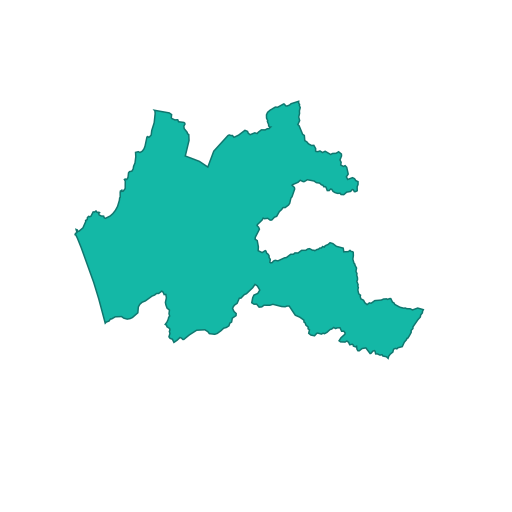 outline of Huaura, Lima, Peru, rotated 39°
{"feature_id": "86281439B29242066404010", "entity_name": "Huaura", "entity_type": "district", "adm_level": 2, "iso_a3": "PER", "parent_name": "Peru", "parent_adm1": "Lima", "projection": "natural_earth1", "projection_center": [-77.14, -11.027], "detail": "fine", "context": "isolated", "style": "filled", "palette": "teal", "viewbox_px": 512, "rotation_deg": 39, "n_neighbors": 0, "source": "geoboundaries", "source_scale": "gbopen_adm2", "svg_char_len": 6155}
<svg xmlns="http://www.w3.org/2000/svg" viewBox="0 0 512 512"><g transform="rotate(39 256 256)"><path d="M85.3,206.7L86.2,206.9L88.0,208.8L93.0,216.5L96.0,224.1L98.4,227.9L98.3,230.5L97.8,231.3L96.7,231.3L96.4,232.2L100.6,240.4L101.5,243.1L101.7,246.0L100.7,248.6L98.9,249.0L97.2,251.3L100.1,254.5L103.4,259.8L104.4,263.3L105.8,265.7L106.1,268.3L104.6,270.0L104.6,271.6L107.1,275.5L107.4,277.9L105.9,278.5L105.6,279.4L107.2,280.0L111.9,285.9L112.0,289.1L111.2,290.0L110.3,289.3L109.8,291.0L110.4,291.2L110.4,292.0L113.5,295.8L113.5,296.7L114.8,298.7L117.2,304.6L118.0,308.9L118.1,313.1L117.5,316.7L115.3,321.5L114.0,321.8L112.5,320.9L110.6,322.3L108.2,322.8L106.9,321.9L107.2,320.8L106.5,320.8L105.0,322.1L103.3,321.7L102.8,323.5L101.7,324.2L102.7,328.9L102.1,330.1L101.0,330.5L100.8,332.2L101.9,333.9L101.2,335.6L102.0,336.4L103.8,343.1L102.8,348.3L101.9,348.9L100.7,348.2L99.5,348.6L102.1,350.4L101.3,352.6L101.7,352.2L102.0,353.3L102.9,353.1L106.1,354.6L115.4,359.8L146.4,378.6L160.8,388.3L181.1,403.1L181.2,401.6L182.7,399.1L182.5,396.5L183.4,395.8L184.9,391.8L189.6,387.7L192.4,387.5L195.6,386.1L197.6,383.8L198.7,381.5L199.9,374.5L196.6,369.6L196.1,366.7L196.6,363.6L198.3,360.5L200.4,352.6L201.8,350.1L202.3,347.7L203.9,346.4L204.9,342.6L206.7,342.6L208.9,343.8L210.1,342.6L212.7,344.9L214.8,349.1L216.7,350.7L219.7,352.5L222.8,352.5L224.7,355.6L226.7,357.0L226.7,358.6L227.6,360.4L228.4,363.4L228.5,366.3L230.1,366.1L231.3,367.0L234.5,366.7L235.7,367.7L236.1,369.1L237.9,370.4L239.2,373.6L241.1,374.1L243.4,373.3L246.6,374.8L247.7,371.1L248.2,367.2L249.8,366.7L251.7,366.9L252.4,366.3L253.9,359.1L256.6,351.0L262.7,345.5L266.2,345.1L268.6,345.7L273.2,342.8L274.6,340.6L275.8,336.1L276.3,332.5L278.0,330.1L278.9,327.3L277.9,324.7L278.6,322.7L276.7,319.2L278.0,314.9L276.8,313.2L273.9,313.0L270.8,311.5L270.3,309.8L270.2,307.7L271.1,304.7L269.6,299.3L270.8,298.2L271.2,293.3L272.3,291.3L273.4,282.8L273.1,278.7L275.9,278.4L280.4,280.1L280.9,284.0L279.0,287.7L279.7,290.5L282.1,295.0L284.8,294.7L286.8,293.0L290.6,293.8L292.5,291.9L293.2,289.2L297.8,285.5L299.5,282.9L307.8,279.1L310.6,277.1L311.6,275.4L313.3,274.0L323.8,277.3L328.5,276.0L333.5,275.7L335.0,277.2L336.3,277.0L338.2,278.3L341.3,278.4L342.3,279.8L344.0,279.7L345.6,282.9L348.4,282.9L351.7,281.2L351.9,277.9L352.4,277.1L356.0,275.5L356.7,273.8L358.1,273.3L359.2,270.7L359.8,266.6L360.8,265.1L361.4,262.6L363.5,262.3L364.3,260.8L366.4,258.9L369.9,260.6L371.6,259.2L373.7,259.7L374.3,261.0L373.5,266.0L373.9,269.6L375.8,269.5L379.4,266.8L380.1,264.9L382.2,264.8L384.7,266.0L386.3,264.0L387.3,263.9L388.4,264.7L390.7,263.9L391.0,262.9L393.0,264.8L394.8,265.5L395.9,264.7L396.7,261.1L399.2,258.3L406.1,260.0L406.6,259.3L406.7,256.4L407.4,255.1L408.5,255.1L410.6,256.8L411.9,255.7L414.7,255.0L416.0,253.4L417.5,253.9L420.8,252.2L423.1,252.4L422.2,250.4L422.1,247.8L422.8,244.5L421.8,242.5L421.7,241.3L422.5,240.1L423.9,239.5L424.1,237.9L426.7,234.4L425.5,229.7L425.6,226.3L425.1,225.1L425.7,224.2L425.4,221.7L424.7,217.8L423.4,216.1L423.6,213.7L422.6,212.3L421.9,203.6L422.1,200.0L421.1,198.2L421.1,195.4L420.4,194.7L419.8,192.4L414.4,194.7L411.6,199.4L409.0,200.0L406.4,202.0L404.7,202.5L403.7,203.6L399.9,205.3L394.4,206.3L392.5,205.6L391.2,206.0L387.6,204.3L386.9,204.7L385.5,207.0L384.5,207.1L382.2,209.2L381.1,211.4L376.4,215.9L375.2,220.3L373.6,221.1L372.9,223.9L369.9,223.8L367.4,222.7L364.4,223.3L362.4,221.8L361.9,220.7L360.0,220.8L358.9,220.2L356.5,218.3L355.3,216.0L354.0,215.4L353.5,214.1L350.2,212.2L349.9,210.7L348.6,209.1L346.3,207.5L345.5,206.1L343.4,205.1L341.7,202.1L338.5,200.8L338.0,200.1L336.8,200.0L333.2,197.5L331.4,194.4L329.3,192.0L328.5,191.8L327.0,192.6L325.5,192.5L325.0,194.5L321.6,197.5L318.8,195.0L312.4,197.9L307.9,198.0L305.2,199.1L304.8,201.6L303.3,204.5L303.5,206.1L301.8,206.7L301.8,208.6L300.6,209.6L300.2,211.7L299.4,212.3L298.4,214.9L297.4,215.0L296.5,215.9L293.0,216.6L291.8,218.0L291.1,220.3L287.9,222.9L286.8,227.2L284.3,229.1L284.0,231.1L281.9,232.8L280.6,238.1L279.3,239.5L276.1,246.0L273.6,247.3L272.8,248.9L272.7,251.0L271.7,252.1L270.7,252.2L269.2,249.6L267.2,249.0L266.0,247.6L264.4,247.0L262.6,247.1L260.5,245.9L259.8,246.0L258.6,249.5L254.3,250.5L252.1,247.4L247.3,243.3L244.8,243.5L243.7,242.0L241.8,233.0L239.9,232.0L237.7,231.7L237.3,230.8L238.1,224.3L237.7,222.1L239.1,221.7L241.4,219.3L244.4,219.2L245.6,218.1L245.9,214.2L247.1,212.2L246.2,206.8L246.7,203.7L246.5,202.0L246.8,201.1L248.2,200.0L249.2,195.9L249.0,193.8L246.7,189.1L246.7,187.3L243.9,179.6L242.7,178.6L239.5,178.3L239.5,177.6L242.3,172.2L242.7,169.3L245.9,168.5L246.7,167.8L247.9,164.4L253.9,161.2L256.7,161.0L259.6,159.3L262.0,159.5L263.5,158.9L265.2,159.5L266.2,158.5L267.1,158.5L270.2,160.3L271.7,159.1L271.8,157.0L272.9,156.5L275.2,157.3L277.5,157.0L280.0,156.0L281.9,154.3L283.4,154.7L285.6,153.1L286.3,149.3L288.9,146.3L289.0,143.7L290.0,143.3L291.9,144.1L292.8,143.4L293.6,141.6L291.0,138.5L290.3,136.2L288.5,134.0L286.1,134.6L283.9,133.9L281.7,134.4L279.1,138.8L276.4,137.6L276.1,134.3L270.7,130.0L268.4,129.7L267.5,131.5L264.5,131.9L263.2,129.6L260.8,128.5L259.5,124.4L258.2,123.0L254.6,123.0L253.6,125.8L250.9,128.2L250.2,130.1L243.8,131.1L242.6,133.7L239.6,134.1L238.4,136.0L236.8,137.0L236.2,136.9L234.8,135.0L231.3,133.6L229.5,135.2L226.1,135.8L223.7,135.3L221.3,135.6L217.7,131.9L215.7,132.1L207.6,127.7L205.8,127.5L204.7,123.3L201.7,121.1L200.2,117.9L198.4,115.9L197.0,112.9L194.9,111.7L194.4,110.7L193.1,110.5L191.8,108.9L187.4,115.6L187.1,117.5L185.7,120.0L184.5,120.6L182.5,120.1L181.8,120.4L179.2,126.8L177.3,128.1L175.2,133.7L174.6,137.0L175.3,139.7L177.4,142.2L180.0,143.5L180.2,144.3L183.1,145.9L183.9,146.9L185.4,147.2L186.2,146.6L185.9,148.9L184.7,149.9L183.8,152.2L180.8,154.6L179.9,158.2L179.8,160.1L177.5,161.1L175.1,165.4L172.8,165.5L171.0,164.5L168.3,165.3L166.4,173.0L164.2,177.6L161.8,177.2L160.8,178.1L159.0,178.8L158.4,180.1L157.2,201.1L162.6,217.2L152.4,218.1L138.1,222.8L131.2,208.3L127.4,204.0L125.7,204.0L124.7,203.2L120.0,202.2L118.2,200.5L117.8,198.2L117.0,197.6L115.9,197.6L111.3,200.4L109.4,199.4L107.3,201.3L104.2,202.1L103.2,201.9L101.4,199.2L98.5,199.4L85.3,206.7Z" fill="#14b8a6" stroke="#0f766e" stroke-width="1.5"/></g></svg>